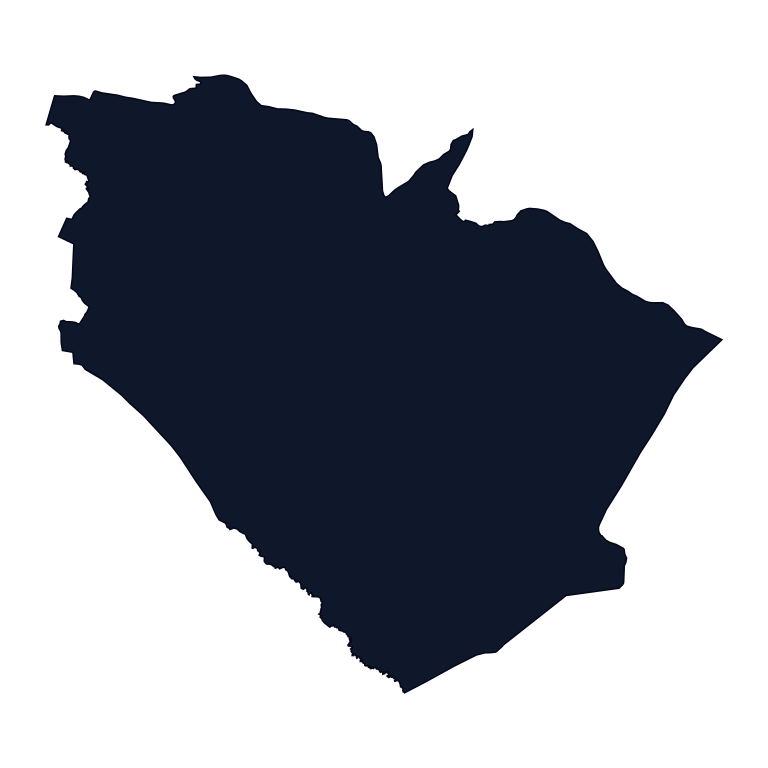 outline of Khok Sung, Sa Kaeo, Thailand
{"feature_id": "78962969B84057693525228", "entity_name": "Khok Sung", "entity_type": "district", "adm_level": 2, "iso_a3": "THA", "parent_name": "Thailand", "parent_adm1": "Sa Kaeo", "projection": "orthographic", "projection_center": [102.618, 13.842], "detail": "fine", "context": "isolated", "style": "filled", "palette": "ink", "viewbox_px": 768, "rotation_deg": 0, "n_neighbors": 0, "source": "geoboundaries", "source_scale": "gbopen_adm2", "svg_char_len": 5985}
<svg xmlns="http://www.w3.org/2000/svg" viewBox="0 0 768 768"><path d="M404.6,692.8L424.8,682.3L454.2,666.1L476.4,655.0L485.1,652.8L489.2,652.8L495.2,652.2L496.2,651.8L502.1,646.5L503.4,644.9L566.1,595.5L619.1,588.2L622.4,584.9L623.4,583.5L623.7,581.8L624.3,565.8L625.8,562.5L626.6,558.2L624.8,554.1L624.1,549.3L623.2,548.2L616.0,544.4L609.8,542.4L605.7,540.1L602.0,535.8L601.1,535.8L599.0,532.5L598.5,529.9L598.5,527.1L599.4,524.4L606.5,509.3L621.6,485.3L640.6,452.1L651.5,435.3L664.3,414.0L673.5,395.1L684.7,378.5L693.0,367.7L721.9,339.7L705.2,331.5L701.5,329.2L691.7,327.5L686.8,326.1L684.5,324.1L681.9,319.6L674.2,310.9L668.1,305.1L662.8,302.7L652.7,302.8L649.1,302.4L645.1,301.2L636.6,296.1L632.8,294.6L628.0,291.3L621.8,288.0L616.5,283.5L606.1,269.5L603.6,265.2L597.9,251.3L593.0,241.4L586.7,233.6L577.8,228.8L569.9,223.6L564.9,222.4L559.7,220.1L547.1,211.5L544.4,210.4L537.5,209.0L529.6,208.4L526.7,208.9L520.9,210.9L517.4,214.7L515.9,217.7L513.8,219.9L511.8,220.7L504.0,221.7L499.9,221.5L494.7,221.9L492.8,224.2L489.2,224.5L489.3,225.4L488.9,225.6L485.3,225.1L481.9,226.7L478.7,225.9L476.0,223.3L470.6,221.5L465.5,220.2L464.4,221.4L463.3,221.6L461.4,220.4L455.9,214.9L459.3,211.3L458.3,210.1L458.7,206.5L458.5,204.8L455.7,195.8L449.0,190.8L447.5,188.8L447.3,187.9L452.2,175.5L459.2,164.4L466.0,151.4L468.7,145.3L472.1,136.6L472.8,129.4L469.9,131.7L468.0,134.5L461.9,136.1L455.3,139.9L453.4,140.4L451.1,144.3L450.6,149.1L449.3,151.2L443.8,154.4L439.3,158.9L434.7,161.0L429.7,162.2L423.5,164.9L416.1,171.9L412.9,176.5L408.6,181.4L398.5,187.5L394.3,190.4L389.0,195.5L385.4,197.4L383.9,195.4L382.5,191.0L381.1,166.1L380.7,163.6L378.1,157.3L376.6,144.7L373.9,136.7L370.8,132.8L368.6,131.8L363.9,131.4L361.7,130.6L357.0,126.2L353.3,124.5L349.1,120.7L346.8,119.8L328.1,118.2L324.3,117.4L312.4,113.3L307.2,112.8L294.9,110.1L285.9,109.1L277.4,108.9L268.9,106.7L261.2,105.6L256.6,101.6L250.9,93.2L246.8,85.3L241.8,81.0L239.0,79.3L235.0,77.8L227.7,75.6L224.4,75.2L220.3,75.4L210.8,77.2L200.3,77.4L193.8,76.7L194.9,78.7L196.5,80.1L200.8,81.9L200.8,84.0L196.3,84.5L196.2,88.1L189.9,88.7L185.7,91.9L174.1,95.5L173.3,96.4L173.3,97.7L175.2,100.8L175.4,102.7L174.5,104.0L172.2,105.0L163.3,103.1L151.2,102.4L132.6,98.3L125.8,97.3L117.5,95.2L101.9,92.9L95.5,91.0L94.5,91.2L93.5,92.1L90.2,99.3L89.3,100.0L83.9,97.4L78.8,96.2L73.8,95.8L63.9,96.2L54.6,95.8L46.1,124.8L48.6,124.9L50.7,122.9L51.8,123.2L56.7,126.5L62.1,128.4L61.5,130.6L64.0,131.4L64.7,132.8L69.2,134.8L68.9,137.2L69.2,138.9L70.7,140.7L68.2,147.9L66.4,150.2L65.2,153.9L65.7,157.0L65.2,158.2L65.1,159.9L65.7,160.6L65.4,161.9L66.8,162.6L67.7,161.6L68.5,161.5L68.9,162.0L68.2,163.1L70.3,164.8L70.3,166.1L72.1,165.9L73.6,167.0L73.4,168.1L75.1,169.7L77.0,169.2L79.2,170.2L80.3,172.0L82.1,171.8L82.5,173.5L83.1,173.6L83.6,172.7L84.6,174.4L87.0,175.3L89.0,181.5L88.3,181.9L86.6,181.5L86.4,182.6L85.2,184.2L88.5,187.8L88.3,188.7L87.0,188.0L86.3,188.3L86.3,188.7L88.9,192.5L89.1,194.0L89.9,194.8L89.8,195.9L90.4,196.6L89.9,197.7L88.9,198.2L88.3,200.3L88.3,201.7L84.3,204.9L82.5,206.8L82.7,207.5L80.0,208.9L75.5,213.2L74.0,215.0L71.9,219.4L66.7,218.3L58.5,236.6L73.8,243.9L72.3,278.1L71.0,288.2L74.3,290.3L77.0,292.7L79.3,296.6L80.4,296.8L81.5,298.2L82.3,300.3L84.5,303.1L89.2,306.8L87.1,311.8L85.0,314.4L84.4,316.2L79.5,323.8L78.0,323.8L75.3,322.4L72.1,321.9L65.9,321.6L63.6,320.4L60.5,321.2L60.0,323.9L58.7,326.2L59.0,328.2L60.6,331.1L61.1,333.1L61.2,342.6L62.4,350.5L72.9,352.3L74.0,363.7L79.3,364.2L82.1,365.2L85.3,369.4L102.7,379.7L121.9,395.4L130.6,404.1L143.4,415.5L171.3,445.6L180.3,457.2L196.1,481.4L210.4,501.7L215.8,514.3L219.2,520.0L225.2,523.0L225.9,523.8L227.2,527.3L229.1,528.2L229.9,529.5L233.9,528.0L237.0,528.9L240.0,531.7L245.4,534.4L247.0,538.6L249.2,541.3L252.3,544.1L252.2,548.2L253.0,548.4L254.6,547.1L257.4,548.5L257.7,550.7L258.8,551.3L260.0,553.1L259.1,555.2L261.0,556.2L264.5,556.9L264.2,561.2L265.8,563.4L266.9,564.1L269.7,564.1L271.5,564.8L273.1,565.8L273.4,566.5L274.7,566.6L275.3,568.2L278.2,567.2L279.6,568.9L283.0,567.3L285.0,567.4L285.9,569.9L287.9,571.1L289.8,576.8L290.6,576.8L291.5,578.7L294.1,578.9L294.5,580.1L295.9,582.0L297.1,582.0L297.3,581.1L298.4,581.3L301.0,583.7L301.9,583.9L301.9,584.3L300.9,584.6L301.1,587.1L301.8,587.5L301.3,588.3L303.3,589.3L305.3,587.8L305.9,587.9L307.4,590.3L306.9,591.2L308.4,592.7L308.2,593.9L308.5,594.5L309.2,594.8L309.6,593.4L311.2,592.9L311.9,594.3L312.9,594.7L313.0,595.4L312.0,596.0L312.1,596.6L317.7,596.8L319.7,597.6L320.4,598.5L321.2,601.5L322.3,601.7L322.5,602.1L321.2,604.7L321.6,608.2L320.8,609.2L321.0,610.9L320.4,611.4L320.8,612.5L318.8,614.1L320.9,615.3L320.1,617.1L322.0,618.9L322.2,620.2L324.4,622.9L329.8,627.2L331.2,626.0L332.4,626.0L334.1,625.1L334.5,627.0L335.8,626.8L336.6,627.7L338.7,627.9L338.7,629.7L339.5,630.4L342.6,631.1L343.9,632.0L346.5,632.4L346.1,633.7L347.2,634.6L348.2,636.8L350.3,637.3L351.1,638.4L350.9,639.0L349.7,638.5L349.3,638.8L349.9,640.4L350.8,640.2L351.1,640.8L350.5,642.1L349.7,642.2L348.6,644.5L347.9,645.0L348.3,646.0L350.7,646.3L352.3,647.3L352.3,647.8L350.6,649.0L351.4,650.2L351.2,651.7L352.6,653.1L352.1,655.6L353.6,655.6L353.4,654.2L354.9,654.3L355.4,655.5L357.0,655.8L356.5,656.9L356.8,658.2L357.5,657.9L357.5,657.2L358.5,656.6L359.3,656.7L359.6,658.1L361.3,658.5L360.3,660.3L360.3,661.5L362.3,660.6L362.1,661.8L363.1,663.0L364.7,663.7L364.8,665.4L366.0,666.0L367.4,665.5L368.2,666.5L369.3,665.8L369.7,666.5L368.9,667.4L369.7,667.6L370.4,668.6L371.3,668.5L371.3,667.1L372.3,667.3L372.7,668.3L373.3,668.6L374.8,667.3L375.5,667.3L376.4,669.0L378.5,669.2L380.3,672.3L381.6,671.6L382.4,672.4L383.5,672.3L382.8,673.5L382.8,674.2L384.9,673.6L385.7,671.9L387.4,671.8L387.0,672.7L388.5,673.4L388.5,675.7L387.2,675.6L387.1,676.3L388.9,677.5L390.8,676.2L391.3,677.3L392.9,677.1L393.8,678.5L395.2,678.6L395.4,679.5L394.5,680.6L394.8,681.3L397.4,680.5L398.9,681.0L400.1,684.0L400.6,686.9L402.0,687.3L402.4,688.2L403.2,688.6L402.8,690.4L403.2,691.9L404.4,692.2L404.6,692.8Z" fill="#0f172a" stroke="#020617" stroke-width="1.5"/></svg>